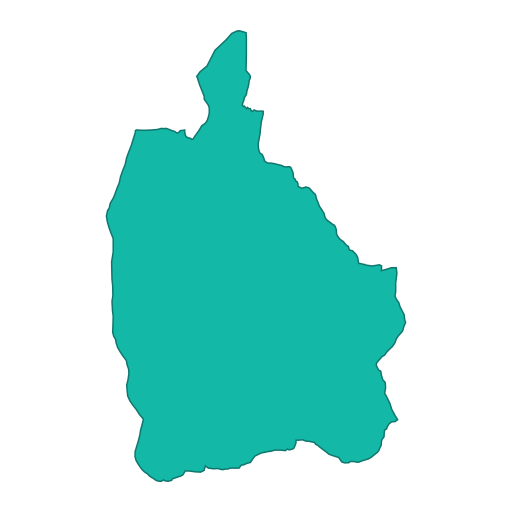 the district of Tabora Urban, Tabora, United Republic of Tanzania
{"feature_id": "72390352B61754038708822", "entity_name": "Tabora Urban", "entity_type": "district", "adm_level": 2, "iso_a3": "TZA", "parent_name": "United Republic of Tanzania", "parent_adm1": "Tabora", "projection": "mercator", "projection_center": [32.813, -4.941], "detail": "fine", "context": "isolated", "style": "filled", "palette": "teal", "viewbox_px": 512, "rotation_deg": 0, "n_neighbors": 0, "source": "geoboundaries", "source_scale": "gbopen_adm2", "svg_char_len": 4670}
<svg xmlns="http://www.w3.org/2000/svg" viewBox="0 0 512 512"><path d="M135.3,131.0L135.4,132.3L133.2,139.2L131.3,145.5L128.8,151.8L126.6,157.8L125.2,164.4L122.6,170.8L120.5,176.9L119.3,182.8L117.2,187.8L115.1,193.7L113.5,197.7L110.2,203.4L109.2,208.1L107.6,210.5L106.4,216.1L107.4,222.0L109.2,228.2L111.3,233.8L113.2,238.5L113.2,252.0L111.6,261.9L111.8,270.4L112.0,279.4L112.7,286.0L112.9,295.7L112.0,301.3L112.5,310.8L113.2,316.2L112.9,327.1L112.7,332.0L112.9,333.1L113.0,333.1L113.0,333.3L113.6,336.0L115.5,339.3L116.2,343.1L116.3,343.3L117.6,347.4L120.2,351.9L123.5,356.8L126.3,360.4L127.2,365.1L128.6,369.1L128.9,373.6L128.6,375.6L128.1,379.3L126.7,385.2L127.2,391.3L127.7,396.0L130.0,401.0L132.6,404.8L136.3,409.5L139.4,414.4L140.9,416.2L141.0,416.2L143.4,419.2L142.3,423.9L140.6,430.0L139.9,434.7L138.5,440.4L137.1,445.1L135.2,451.3L135.0,456.5L136.1,460.5L138.0,463.8L140.1,466.9L142.0,469.5L143.9,471.4L145.7,472.8L147.6,473.9L148.8,475.4L150.9,477.0L153.0,478.2L155.6,480.1L157.2,480.8L159.8,481.3L161.2,481.3L163.7,479.9L164.9,480.8L168.0,481.3L171.7,480.3L172.2,478.9L176.9,477.3L181.1,475.9L183.0,474.7L185.3,470.9L190.3,471.1L194.9,471.8L200.6,472.1L204.1,470.4L205.3,465.9L208.3,468.1L213.7,468.8L217.5,468.5L222.4,469.7L225.9,469.0L228.3,469.0L229.7,468.1L239.0,468.1L241.6,464.8L243.3,465.0L246.8,463.4L250.5,462.4L252.4,459.4L255.0,456.0L261.1,453.0L266.3,452.0L267.7,451.6L270.7,451.3L274.9,450.1L280.1,450.1L285.5,450.6L287.4,449.0L289.0,449.9L291.3,449.4L293.7,448.5L295.1,445.4L296.0,442.8L296.0,440.2L298.2,440.2L302.6,439.8L306.1,441.2L308.5,441.2L314.8,442.6L315.5,444.3L317.6,445.2L319.5,446.9L322.5,449.2L326.3,452.0L328.9,454.2L333.3,455.8L338.7,457.5L341.8,462.0L344.8,462.9L348.8,462.7L350.2,461.5L352.3,461.5L354.9,461.7L357.0,462.2L358.7,462.2L361.7,461.0L363.8,460.3L368.5,458.9L371.3,457.2L374.4,454.7L377.4,452.3L378.8,450.6L379.8,448.0L381.2,445.2L381.4,441.4L382.1,439.3L384.0,436.9L384.2,433.4L384.7,429.9L386.6,428.9L387.3,426.6L388.9,424.0L391.7,421.8L395.0,421.6L397.6,419.7L395.0,415.5L391.7,409.3L389.9,403.4L387.0,397.5L384.7,393.3L385.6,387.8L385.2,382.4L382.8,379.8L381.4,375.1L380.7,371.1L378.6,370.1L376.3,365.4L376.5,363.0L381.9,356.7L384.7,355.0L386.6,352.2L389.4,349.3L392.4,346.5L394.8,343.0L396.4,338.7L398.3,335.9L400.2,333.8L402.5,331.2L403.0,329.7L403.7,326.9L405.6,322.4L404.6,319.4L404.2,314.9L399.9,306.4L398.8,302.6L396.4,299.3L395.0,296.2L395.7,291.5L395.7,282.8L396.9,273.1L396.2,267.7L391.5,267.7L385.8,269.5L381.4,270.7L381.6,266.0L379.5,264.8L372.0,266.0L371.5,265.9L365.9,265.1L364.7,264.4L363.7,264.5L361.2,263.7L358.8,263.4L358.5,262.4L357.7,257.8L357.6,257.3L356.6,255.4L356.0,254.4L355.5,253.8L352.4,250.7L349.8,250.2L349.4,249.4L349.1,249.2L348.4,246.4L346.3,245.2L343.3,241.6L343.2,241.5L339.9,239.2L337.5,235.9L337.3,235.8L337.3,235.6L336.6,233.8L336.3,229.7L335.2,226.4L333.8,224.8L332.8,224.5L331.0,223.0L329.5,222.1L329.4,221.7L328.4,221.1L328.0,221.0L325.6,218.5L325.1,217.4L324.0,213.4L322.9,211.6L322.7,211.2L319.2,205.9L318.6,203.9L316.3,198.4L315.7,195.4L315.0,194.0L313.6,192.9L312.0,191.2L309.5,188.3L307.8,187.4L306.9,187.4L305.8,187.0L305.6,187.4L304.5,187.4L302.7,188.1L301.4,188.0L299.3,187.1L298.1,186.3L297.8,183.5L297.2,181.8L296.0,181.3L295.2,179.2L294.2,178.6L293.6,178.0L293.3,174.7L292.9,172.3L291.6,169.2L290.9,167.6L289.6,166.7L285.7,166.9L283.4,166.5L282.1,165.6L277.2,164.4L273.6,163.5L270.8,163.1L267.6,163.1L264.5,160.9L263.7,157.7L262.7,155.6L262.4,154.7L259.8,153.0L259.7,152.2L259.3,151.7L258.4,148.0L258.2,143.9L258.8,140.4L260.1,133.4L260.4,129.7L261.3,121.9L263.2,114.0L263.2,111.2L260.6,111.1L257.3,111.2L254.1,110.0L252.2,111.5L250.9,110.5L250.4,108.6L248.8,108.6L247.5,107.5L246.8,108.6L246.1,108.1L244.3,106.1L243.6,106.5L242.4,105.5L242.7,103.1L243.9,100.2L244.3,97.7L245.6,95.8L246.5,94.0L246.8,91.7L247.2,89.8L248.0,87.6L248.8,83.8L249.1,80.8L250.0,78.8L250.4,76.3L249.1,74.1L247.5,72.3L246.1,70.6L246.0,70.3L246.4,54.1L246.4,39.3L246.1,32.7L239.3,30.7L238.9,31.1L237.6,30.8L235.9,31.5L231.8,33.4L226.5,39.4L215.0,50.3L212.9,54.4L206.9,66.2L205.7,67.1L200.1,71.7L197.0,76.1L196.7,76.3L197.2,77.3L199.7,85.0L204.2,96.3L204.2,99.2L206.3,102.2L208.0,104.6L209.2,107.5L209.3,112.1L209.0,114.5L208.3,117.1L207.3,120.2L205.6,123.0L201.8,125.7L200.1,128.6L198.6,131.0L195.0,136.0L193.2,138.8L191.8,139.5L190.7,138.4L187.6,137.6L186.1,136.5L185.4,135.2L185.0,133.4L184.6,130.8L184.7,130.0L182.0,130.5L180.3,130.6L178.7,132.4L177.6,133.1L175.9,132.4L174.7,131.4L172.4,130.8L169.7,129.7L166.2,128.4L163.3,128.6L161.4,128.4L157.4,129.5L151.5,130.0L144.8,130.3L139.9,130.2L136.8,129.9L135.5,130.4L135.3,131.0Z" fill="#14b8a6" stroke="#0f766e" stroke-width="1.5"/></svg>